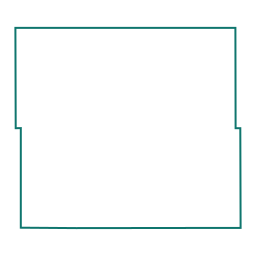 the district of Stevens, Minnesota, United States of America
{"feature_id": "52423323B3938520611617", "entity_name": "Stevens", "entity_type": "district", "adm_level": 2, "iso_a3": "USA", "parent_name": "United States of America", "parent_adm1": "Minnesota", "projection": "equal_earth", "projection_center": [-96.037, 45.586], "detail": "fine", "context": "isolated", "style": "outline", "palette": "teal", "viewbox_px": 256, "rotation_deg": 0, "n_neighbors": 0, "source": "geoboundaries", "source_scale": "gbopen_adm2", "svg_char_len": 238}
<svg xmlns="http://www.w3.org/2000/svg" viewBox="0 0 256 256"><path d="M15.4,27.9L15.7,128.2L20.8,128.1L20.8,227.7L76.1,228.1L240.6,227.9L240.3,128.2L235.6,128.2L235.4,27.9L15.4,27.9Z" fill="none" stroke="#0f766e" stroke-width="2"/></svg>